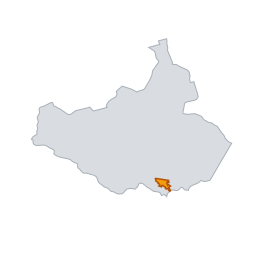 location of Lainya, Central Equatoria, South Sudan, rotated 345°
{"feature_id": "79223893B40788586970477", "entity_name": "Lainya", "entity_type": "district", "adm_level": 2, "iso_a3": "SSD", "parent_name": "South Sudan", "parent_adm1": "Central Equatoria", "projection": "mercator", "projection_center": [31.019, 4.203], "detail": "fine", "context": "in_parent", "style": "filled", "palette": "amber", "viewbox_px": 256, "rotation_deg": 345, "n_neighbors": 0, "source": "geoboundaries", "source_scale": "gbopen_adm2", "svg_char_len": 4072}
<svg xmlns="http://www.w3.org/2000/svg" viewBox="0 0 256 256"><g transform="rotate(345 128 128)"><path d="M201.8,191.7L194.8,198.7L194.3,199.2L193.4,199.7L190.5,199.7L187.6,199.4L184.9,197.6L182.1,199.0L180.4,199.4L179.3,199.6L176.9,199.8L173.4,200.6L171.9,201.5L171.0,202.3L170.3,203.7L170.0,203.8L169.4,203.6L168.5,203.1L166.6,202.3L165.7,200.5L164.9,199.5L164.1,198.9L161.2,200.7L159.8,201.1L158.6,201.0L156.5,200.0L154.2,199.2L153.0,199.2L151.2,200.2L149.1,201.8L148.1,203.4L147.6,204.3L146.8,202.9L146.1,202.0L145.2,201.6L143.2,202.0L142.7,201.5L142.6,200.3L142.3,199.2L141.8,198.3L140.3,197.5L136.4,195.8L133.4,192.4L131.9,190.8L130.8,189.8L129.2,187.1L127.5,185.3L125.3,184.4L123.9,184.9L122.4,186.8L119.6,188.7L118.4,188.7L116.8,187.7L114.7,187.0L111.0,186.7L109.5,187.6L107.5,189.0L105.9,189.9L104.8,190.0L103.8,189.6L102.7,189.4L101.8,189.4L99.8,188.1L98.8,187.2L98.1,186.3L97.0,185.6L95.7,185.1L94.8,184.3L94.3,183.3L93.6,182.0L92.7,180.8L89.7,178.7L88.8,177.4L88.1,176.2L86.9,174.9L85.6,173.1L85.2,170.5L85.1,168.4L84.9,167.4L84.3,166.4L83.7,165.6L82.6,164.6L80.2,163.3L77.6,161.7L76.4,160.8L74.1,160.4L72.8,159.6L71.6,157.6L71.1,156.0L70.0,154.8L69.5,153.9L69.2,152.8L70.1,149.7L68.8,148.6L66.8,147.1L65.4,145.6L64.5,144.1L62.0,142.2L56.4,139.4L53.2,137.5L51.4,135.9L49.9,134.3L49.7,133.6L50.7,132.0L50.9,130.7L50.0,129.3L46.7,126.5L44.0,123.5L42.0,122.6L37.2,121.7L35.8,121.4L34.3,120.8L32.9,119.5L32.4,117.8L33.1,115.3L32.7,114.5L31.8,114.3L32.1,113.7L33.0,112.5L34.5,111.7L38.5,110.4L38.7,109.9L38.8,108.3L39.1,107.5L40.5,105.3L40.7,104.4L40.7,102.5L40.9,101.6L41.3,101.0L42.4,99.8L42.8,99.2L43.0,97.7L42.9,94.8L43.4,93.7L46.0,91.1L46.6,89.9L46.9,88.9L46.8,87.8L47.0,86.7L47.7,85.7L48.4,85.4L50.2,85.1L51.5,85.3L60.4,83.5L61.4,83.7L61.9,84.8L61.8,86.5L62.0,87.3L62.5,87.9L63.9,88.7L64.9,90.1L65.4,90.6L66.8,91.5L73.4,99.2L75.3,99.9L77.1,99.7L80.7,98.1L82.5,97.7L95.0,98.1L96.4,97.9L96.5,97.9L98.4,101.8L99.3,102.7L113.1,102.7L112.8,101.6L113.0,100.4L115.4,98.0L115.8,97.7L117.9,96.6L119.9,95.8L123.9,94.9L125.4,93.5L126.2,92.3L126.2,89.7L126.8,89.3L127.7,88.7L132.3,86.5L133.1,86.0L141.3,91.3L145.8,95.4L146.1,95.6L146.4,95.7L146.6,95.5L146.8,95.3L147.4,95.2L149.3,95.1L153.0,94.9L154.2,94.4L161.7,87.0L163.6,84.6L164.0,84.1L165.1,82.5L166.3,79.6L166.5,79.2L174.6,72.3L174.9,71.7L175.0,71.3L173.8,68.9L173.5,67.7L173.4,65.9L173.7,63.1L173.6,61.2L173.5,60.8L173.4,60.7L168.9,55.5L180.4,55.5L180.4,54.8L180.4,54.6L180.1,54.0L180.0,53.2L180.0,52.7L180.1,52.3L180.1,52.1L180.1,51.9L180.1,51.7L188.4,51.8L188.3,53.3L187.3,56.7L187.3,58.7L187.1,61.1L186.8,61.8L186.3,62.3L186.2,62.6L186.2,62.9L187.9,75.9L187.8,76.5L187.3,77.3L187.2,77.6L187.2,77.8L187.4,77.9L191.2,79.3L191.4,79.4L191.5,79.5L192.9,81.2L200.4,87.4L200.6,87.7L201.4,89.6L201.5,89.9L201.5,90.4L201.5,90.8L201.3,91.9L201.4,92.4L201.5,92.8L201.6,93.2L201.6,93.3L201.5,93.6L200.4,95.8L200.1,97.4L199.9,98.8L200.0,99.5L200.1,100.0L200.3,100.3L203.6,100.3L203.6,101.0L204.0,112.8L204.0,114.1L203.9,115.7L203.5,116.4L202.6,117.3L201.4,118.2L198.5,118.4L196.1,118.3L194.4,118.2L192.0,118.1L189.8,118.3L189.0,119.0L186.1,125.2L185.2,126.7L184.9,127.7L185.2,128.2L186.3,129.0L188.8,130.1L191.7,130.7L193.9,131.0L195.3,131.3L196.5,131.6L200.5,134.5L201.9,135.8L202.6,136.9L202.8,138.2L203.3,139.4L207.1,143.3L210.6,145.1L212.0,147.2L213.3,148.2L214.5,149.3L215.2,150.9L216.7,155.5L217.8,158.0L218.8,160.0L219.2,163.2L220.1,164.7L220.9,166.4L222.4,168.0L223.9,169.3L224.2,169.6L208.8,184.7L201.8,191.7Z" fill="#d9dde1" stroke="#a8b0b8" stroke-width="1"/><path d="M152.0,200.0L152.2,199.9L152.2,199.7L152.3,199.7L152.5,199.7L152.7,199.4L152.8,199.4L152.0,195.9L154.0,195.1L152.2,192.8L151.4,193.5L151.1,191.1L152.5,190.7L153.4,191.1L153.6,190.2L152.5,189.7L153.4,189.0L141.9,183.9L141.2,184.2L141.6,185.5L141.1,186.3L142.9,188.5L142.7,189.3L143.3,189.3L144.0,191.3L142.8,192.0L145.1,193.5L145.6,192.4L146.9,192.5L147.0,193.2L148.7,194.6L148.8,195.5L148.5,195.5L148.5,195.9L149.0,196.2L149.1,196.8L149.9,196.4L151.2,197.7L151.2,198.6L152.0,200.0Z" fill="#f59e0b" stroke="#b45309" stroke-width="1.5"/></g></svg>